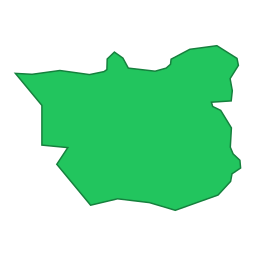 the Metropolitan Borough of Leeds
{"feature_id": "GBR-5674", "entity_name": "Leeds", "entity_type": "Metropolitan Borough", "adm_level": 1, "iso_a3": "GBR", "parent_name": "United Kingdom", "parent_adm1": "", "projection": "robinson", "projection_center": [-1.452, 53.819], "detail": "fine", "context": "isolated", "style": "filled", "palette": "green", "viewbox_px": 256, "rotation_deg": 0, "n_neighbors": 0, "source": "natural_earth", "source_scale": "10m", "svg_char_len": 594}
<svg xmlns="http://www.w3.org/2000/svg" viewBox="0 0 256 256"><path d="M56.8,164.3L67.8,147.6L41.9,145.1L41.9,105.4L15.4,73.4L32.1,74.3L59.9,70.5L89.5,74.6L104.0,71.6L106.9,69.6L107.2,59.0L114.4,52.1L122.9,58.1L128.3,68.1L155.1,71.2L166.2,68.1L170.5,64.3L171.1,59.2L189.8,49.3L216.9,45.7L237.0,58.4L238.4,65.4L230.1,78.6L232.3,90.7L231.2,100.9L211.4,102.2L212.7,106.5L220.7,110.4L231.4,127.9L230.3,147.2L233.1,153.9L239.9,160.3L240.6,168.0L232.0,173.8L230.6,181.4L218.1,195.0L175.3,210.3L149.4,202.6L117.5,198.8L90.6,205.2L56.8,164.3Z" fill="#22c55e" stroke="#15803d" stroke-width="1.5"/></svg>